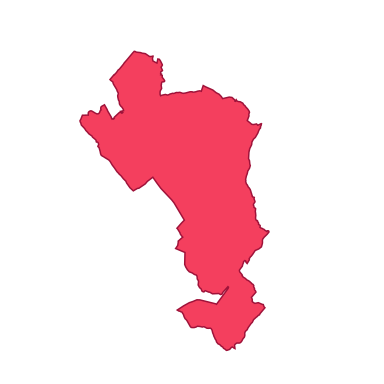 outline of Schitu Golesti, Arges, Romania, rotated 313°
{"feature_id": "2599482B88468084359717", "entity_name": "Schitu Golesti", "entity_type": "district", "adm_level": 2, "iso_a3": "ROU", "parent_name": "Romania", "parent_adm1": "Arges", "projection": "equal_earth", "projection_center": [25.003, 45.176], "detail": "fine", "context": "isolated", "style": "filled", "palette": "rose", "viewbox_px": 384, "rotation_deg": 313, "n_neighbors": 0, "source": "geoboundaries", "source_scale": "gbopen_adm2", "svg_char_len": 5984}
<svg xmlns="http://www.w3.org/2000/svg" viewBox="0 0 384 384"><g transform="rotate(313 192 192)"><path d="M289.9,196.2L289.7,196.2L285.7,194.6L285.8,192.8L283.4,191.1L282.2,189.5L282.2,187.6L281.9,183.7L286.5,181.8L287.2,180.9L288.0,180.3L289.5,179.7L290.1,178.6L290.7,176.0L290.9,173.1L291.2,172.1L291.1,170.1L291.5,169.0L291.6,168.3L291.2,167.3L291.1,166.3L290.7,165.4L289.9,164.4L289.2,163.0L289.6,161.5L288.3,161.9L287.9,161.9L287.7,161.6L288.4,160.5L288.5,160.2L288.4,159.7L288.5,159.3L288.3,158.8L288.5,158.6L288.4,156.7L286.8,154.5L281.2,150.7L281.8,148.3L282.0,145.1L281.1,142.0L280.8,137.7L278.3,130.5L277.5,127.6L272.0,130.1L271.4,128.8L269.8,127.5L267.4,126.1L265.6,124.6L265.5,123.9L264.2,122.4L259.9,119.7L258.5,118.6L257.8,117.8L256.7,115.3L256.2,114.7L255.4,114.2L254.0,112.6L252.2,111.8L251.4,111.2L251.0,110.5L248.5,109.0L247.6,108.8L246.2,108.0L245.2,106.0L242.1,103.9L241.0,103.4L241.5,102.2L243.5,100.3L244.8,99.7L247.0,99.2L249.1,96.6L249.8,96.3L250.3,95.8L251.2,95.3L252.0,95.1L252.7,95.5L253.2,96.1L253.8,96.4L254.6,96.3L255.1,94.9L255.6,92.0L256.9,90.8L256.4,89.3L257.4,89.3L257.2,88.3L258.6,87.2L260.2,87.6L260.8,87.5L262.2,84.2L262.9,84.2L264.6,83.8L264.9,83.4L266.3,79.7L266.8,77.6L266.0,76.3L262.4,78.4L261.8,76.6L261.2,74.0L262.7,72.0L264.8,70.9L264.5,70.5L263.6,70.0L263.0,69.5L262.1,68.4L261.4,63.6L260.5,62.2L259.8,61.4L258.8,59.2L256.3,55.9L256.1,54.8L255.5,53.8L253.0,53.8L244.0,54.3L240.2,54.4L238.6,54.7L232.3,55.1L231.0,54.8L227.6,55.3L226.0,55.2L224.7,55.4L224.5,55.0L218.3,55.3L218.2,56.4L218.5,59.0L217.6,60.4L217.2,61.4L215.6,67.0L214.6,68.9L214.2,70.4L213.5,71.1L211.7,72.0L210.7,73.2L209.1,75.5L208.7,76.9L206.9,78.9L206.3,80.8L206.2,83.2L205.6,85.4L204.8,86.5L202.6,85.0L202.8,87.2L201.8,87.0L201.4,84.9L200.1,84.6L193.6,84.2L192.9,84.5L192.7,85.0L191.8,84.8L191.8,84.3L190.8,83.9L191.2,82.4L191.6,82.3L193.7,75.2L194.5,73.5L196.1,68.5L193.0,67.5L191.9,67.5L190.6,68.5L190.1,69.5L189.7,69.3L189.3,69.3L187.3,70.1L186.0,70.3L185.3,70.1L184.3,69.2L183.8,67.8L183.0,64.0L182.7,63.1L182.3,62.6L181.7,62.2L180.8,61.9L179.6,61.9L178.6,62.6L177.5,63.7L173.4,59.5L169.3,61.1L167.8,61.4L167.0,62.4L166.8,63.3L165.5,65.4L165.2,70.2L164.6,72.4L164.5,74.8L164.2,76.8L164.7,80.7L164.3,81.8L164.5,85.6L164.4,86.5L164.0,87.2L163.4,87.7L163.4,88.1L164.0,88.7L164.1,89.6L163.7,90.4L162.9,91.5L161.6,91.8L161.1,92.1L161.0,93.0L161.2,93.5L159.0,97.2L157.6,99.1L157.0,100.4L157.0,101.2L158.7,109.3L158.5,111.3L157.3,115.4L156.7,118.9L155.7,123.3L155.6,125.7L155.4,126.4L155.5,128.9L154.9,132.7L154.8,136.3L154.0,138.0L152.8,143.7L152.8,148.3L157.3,149.6L158.6,150.6L166.1,152.3L169.3,152.1L176.1,153.3L174.6,160.3L173.4,166.9L172.4,182.5L171.8,186.3L166.2,205.6L162.0,205.5L155.2,205.7L155.2,206.5L154.0,210.9L153.3,212.1L152.8,214.3L152.7,216.0L146.6,215.4L146.3,215.9L143.2,218.0L139.5,218.6L143.0,228.1L134.0,236.1L132.9,238.5L132.0,241.6L131.8,244.5L133.0,247.5L133.3,249.9L134.2,251.9L133.9,253.0L133.1,254.0L132.0,255.1L131.5,257.0L130.9,257.9L128.2,259.9L127.2,262.9L127.4,264.4L126.3,267.1L126.7,268.4L127.2,268.9L128.8,268.9L130.2,272.5L130.8,273.2L131.5,276.4L136.0,280.8L136.5,282.9L137.6,283.5L139.8,283.0L147.3,282.8L147.3,283.6L146.1,284.2L126.6,286.5L126.4,285.6L118.5,271.4L116.5,269.1L112.5,267.3L109.2,265.5L103.0,263.5L95.6,261.7L95.9,263.4L96.6,264.6L96.8,265.6L97.1,266.1L97.3,266.8L96.9,267.8L96.6,269.2L95.4,271.3L94.6,273.5L94.7,274.6L94.5,276.0L92.4,282.6L92.4,283.8L93.3,285.0L94.4,286.1L96.1,287.1L97.5,287.5L99.1,289.6L100.3,291.7L101.2,292.2L101.6,292.6L101.9,293.4L102.6,295.9L103.7,297.2L104.8,298.1L105.0,298.6L105.1,299.2L104.8,300.4L104.5,301.1L103.1,303.2L102.4,304.8L101.5,306.3L100.8,308.1L100.2,309.5L100.0,310.6L99.9,311.0L99.2,311.9L99.1,312.1L98.7,314.6L99.3,316.2L99.3,317.3L99.2,318.7L99.6,320.1L99.2,321.7L99.6,323.4L99.6,325.1L100.3,325.7L102.6,326.9L105.2,326.8L106.1,327.2L106.3,327.5L106.5,329.3L106.8,330.2L108.7,327.9L109.4,327.4L110.0,327.4L112.0,327.7L113.9,329.7L114.4,330.0L115.6,330.2L116.8,330.1L119.4,329.4L121.5,329.3L122.0,329.1L123.2,328.4L125.0,326.6L126.7,326.1L128.9,326.3L130.9,325.6L136.2,324.9L137.8,325.0L140.6,324.1L144.4,324.4L145.2,324.6L147.2,324.6L147.7,325.0L148.4,325.1L149.3,324.7L157.1,324.3L157.2,322.9L158.3,320.9L157.7,319.9L156.3,316.0L153.5,314.0L153.1,312.7L152.9,310.8L154.4,309.5L155.0,308.5L155.5,307.3L162.3,307.1L162.8,306.4L163.1,305.1L163.1,304.7L163.2,304.3L163.5,303.8L164.1,303.5L164.7,301.7L165.7,301.0L166.0,299.9L166.0,299.4L165.7,298.2L165.9,297.6L165.8,296.4L165.9,295.5L165.7,293.9L165.2,292.4L165.1,291.5L165.2,290.2L165.0,289.0L164.8,288.2L164.7,287.0L164.9,286.5L164.9,285.7L165.4,285.6L165.7,284.8L166.1,281.5L166.7,280.4L167.4,279.9L172.1,279.4L173.4,278.6L175.7,277.7L176.1,277.3L177.8,277.3L178.1,277.8L178.1,278.6L177.7,278.8L177.4,279.7L177.3,281.1L181.5,280.2L182.4,279.2L183.6,279.2L184.3,278.9L185.3,279.1L187.7,278.9L192.3,278.1L196.0,279.7L199.2,280.2L201.0,279.3L202.8,278.3L204.9,276.3L206.0,275.8L208.2,275.6L212.3,275.8L215.1,275.6L215.7,275.0L215.6,274.1L215.2,273.7L214.8,273.6L214.3,273.8L214.0,273.5L214.1,272.5L213.7,271.4L213.8,270.2L213.3,268.8L213.2,268.0L212.8,267.3L212.5,265.8L213.6,265.1L213.9,264.8L214.0,264.2L213.7,262.8L214.7,261.9L215.0,260.9L215.0,260.1L215.5,259.8L215.6,259.1L215.2,258.5L215.4,257.4L215.7,256.9L216.7,255.9L218.3,254.7L220.0,252.8L220.9,251.6L223.2,249.9L223.3,249.1L223.0,248.3L223.0,247.9L223.9,246.9L224.3,245.8L225.2,245.2L227.8,244.8L228.3,244.0L229.3,242.0L230.5,241.3L230.5,241.0L229.8,239.7L229.8,239.2L230.6,238.2L230.7,237.7L231.7,236.2L231.9,235.6L232.5,234.8L233.5,232.9L234.0,231.0L234.0,229.8L234.8,227.8L235.0,226.9L235.0,226.3L236.2,224.2L237.2,223.5L237.8,222.6L240.9,220.8L242.9,220.0L245.4,218.5L248.5,217.9L251.1,216.6L251.8,215.3L254.1,212.7L254.9,210.7L259.9,206.5L263.2,204.6L267.2,203.4L269.5,201.7L272.7,200.9L275.1,201.1L279.9,200.0L282.3,199.0L284.0,198.5L285.6,198.4L286.6,197.4L287.5,197.3L289.0,196.4L289.9,196.2Z" fill="#f43f5e" stroke="#9f1239" stroke-width="1.5"/></g></svg>